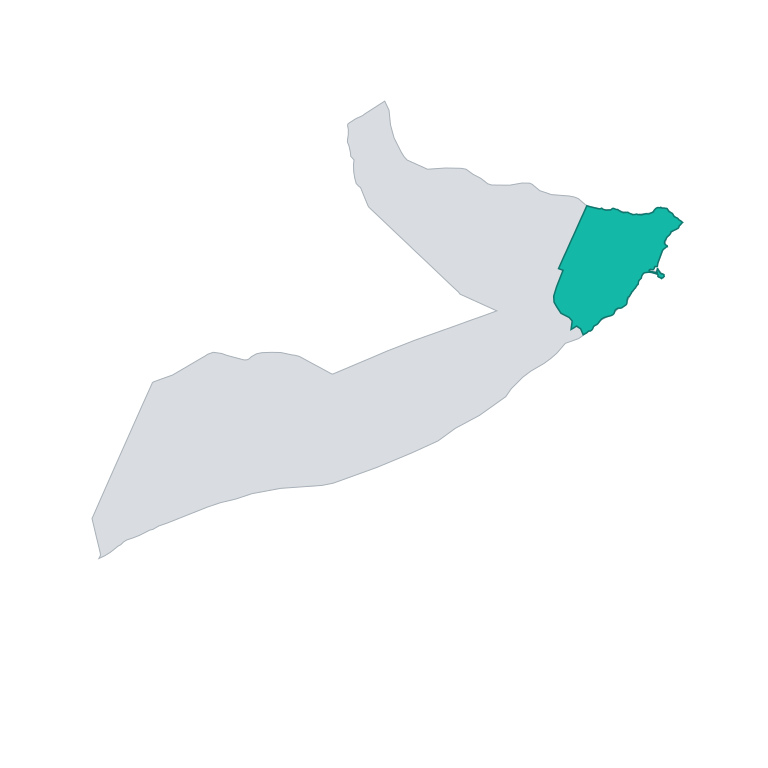 location of Bari within Somalia, rotated 24°
{"feature_id": "SOM-1", "entity_name": "Bari", "entity_type": "Region", "adm_level": 1, "iso_a3": "SOM", "parent_name": "Somalia", "parent_adm1": "", "projection": "orthographic", "projection_center": [50.532, 10.16], "detail": "fine", "context": "in_parent", "style": "filled", "palette": "teal", "viewbox_px": 768, "rotation_deg": 24, "n_neighbors": 0, "source": "natural_earth", "source_scale": "10m", "svg_char_len": 5800}
<svg xmlns="http://www.w3.org/2000/svg" viewBox="0 0 768 768"><g transform="rotate(24 384 384)"><path d="M194.7,656.1L194.0,654.5L190.2,649.4L183.0,640.1L177.6,633.0L172.0,625.7L172.0,620.0L171.9,603.1L171.8,569.2L171.8,535.2L171.8,501.1L171.9,484.0L171.9,477.0L172.5,475.9L178.8,469.8L187.2,461.8L198.3,446.3L204.3,437.9L209.4,430.9L210.7,428.7L215.1,424.5L223.4,422.1L228.5,421.8L246.1,419.0L248.8,417.8L250.3,416.3L251.8,412.9L255.3,408.2L259.8,405.0L268.2,400.9L276.5,397.4L278.4,396.9L288.3,394.8L290.8,394.0L294.8,393.3L296.4,393.3L310.2,394.4L321.0,395.2L332.1,396.1L333.3,395.6L341.2,387.2L353.7,373.8L361.7,365.3L374.0,352.0L383.5,342.5L393.9,331.9L404.1,322.2L416.3,310.6L424.0,303.3L435.9,291.8L447.3,281.0L457.3,271.3L443.6,271.2L430.1,271.1L416.9,271.0L414.6,269.7L403.5,265.9L389.5,260.9L372.1,254.7L359.7,250.4L346.6,245.7L333.2,241.0L322.8,237.3L309.8,232.7L298.4,228.7L296.9,227.7L290.7,221.8L282.6,214.0L281.0,213.8L277.1,212.2L273.7,208.0L270.1,202.6L266.9,196.0L265.5,191.5L261.0,189.5L259.0,185.9L255.0,180.5L252.2,177.9L251.3,175.7L250.1,171.1L247.9,166.0L245.7,162.9L245.3,161.5L245.4,160.7L249.7,154.0L251.6,151.6L253.8,149.3L255.6,147.1L256.3,145.5L261.5,137.6L266.0,130.7L269.6,125.3L277.2,131.8L284.5,144.6L293.1,155.1L305.1,164.9L309.9,168.2L314.1,170.0L336.4,170.1L352.3,161.7L366.7,155.6L371.6,154.4L379.9,156.2L389.1,156.8L397.3,158.9L401.5,158.4L417.9,151.3L428.3,144.3L435.3,141.3L438.1,141.3L447.6,144.0L459.9,142.9L476.8,136.9L482.2,135.7L486.2,135.6L495.4,138.4L496.8,138.3L501.8,137.8L514.8,134.9L525.0,130.5L543.8,127.4L558.0,119.3L560.5,115.4L564.8,110.5L571.1,108.8L587.0,114.6L589.6,115.0L588.7,118.5L588.1,122.1L584.9,128.4L582.8,135.3L584.3,145.9L585.1,163.0L584.7,165.5L583.7,168.0L583.3,169.9L581.5,170.6L580.8,171.7L582.0,172.1L587.0,170.3L586.9,168.2L587.2,167.2L591.4,169.5L594.3,170.4L595.2,172.6L594.9,174.1L590.3,173.4L587.9,172.2L580.9,174.1L576.7,176.2L575.4,179.5L574.4,193.0L572.8,201.7L572.5,213.3L566.9,220.9L564.9,226.3L556.5,237.1L552.2,246.3L550.7,250.8L543.3,263.4L533.1,273.1L529.4,285.5L525.8,293.2L521.7,300.3L512.7,312.8L508.0,321.4L502.2,336.5L500.4,346.0L484.1,373.6L467.1,395.6L456.5,414.0L437.6,435.4L411.7,462.8L377.9,495.3L368.7,501.8L331.8,521.5L307.8,538.0L295.6,549.2L282.8,559.0L272.7,568.3L242.0,599.7L238.9,602.6L235.9,605.4L232.1,610.7L229.4,612.8L222.1,621.8L217.6,626.4L212.5,631.0L210.3,634.2L208.8,638.0L207.1,640.1L202.5,649.0L198.5,654.8L194.5,659.4L194.7,656.1Z" fill="#d9dde1" stroke="#a8b0b8" stroke-width="1"/><path d="M496.5,207.6L496.5,203.0L496.5,198.4L496.5,193.8L496.6,189.2L496.6,184.6L496.6,180.0L496.6,175.4L496.7,170.8L496.7,166.2L496.7,161.6L496.7,157.1L496.7,152.5L496.8,147.9L496.8,143.3L496.8,138.7L498.3,138.6L503.6,137.6L508.9,136.6L510.4,136.0L511.0,135.1L511.4,134.8L511.9,135.0L512.3,135.2L512.7,135.3L515.3,135.0L516.1,134.9L516.7,134.6L518.9,133.4L519.6,133.2L520.2,132.9L521.1,131.1L521.7,130.4L522.4,130.2L523.3,130.1L525.1,130.2L525.3,130.1L526.0,129.7L526.4,129.6L526.8,129.6L528.0,129.9L531.5,130.3L533.4,130.0L534.6,129.0L534.9,129.1L535.6,128.6L536.1,128.5L536.2,128.4L536.7,128.0L537.0,127.9L537.3,128.0L537.6,128.1L537.8,128.2L541.5,128.1L542.3,128.2L544.6,126.9L545.4,126.2L545.8,126.0L547.3,126.0L547.6,125.9L548.0,125.6L548.4,125.4L550.1,124.9L550.9,124.4L554.3,121.7L556.1,121.3L556.9,120.8L558.2,119.3L559.4,118.2L559.9,117.5L560.1,116.6L560.1,115.7L560.3,114.8L560.6,113.9L560.9,113.1L561.8,111.9L562.4,111.4L563.0,111.2L563.5,111.1L564.5,110.6L564.7,110.3L564.8,110.1L565.0,110.0L565.3,110.0L565.6,110.3L565.8,110.3L566.7,110.1L568.4,109.3L569.9,109.0L570.3,108.7L571.3,108.6L574.1,110.5L578.2,110.9L580.6,112.8L581.3,113.1L584.5,113.1L585.3,113.3L586.6,114.0L587.4,114.2L588.3,114.2L589.3,114.4L590.1,114.7L591.1,114.9L590.5,116.3L590.1,118.0L589.4,119.2L589.6,121.1L589.3,122.3L588.6,123.0L587.9,124.1L586.7,125.3L585.3,127.1L584.4,128.1L584.3,128.3L584.3,128.8L584.5,129.4L584.5,129.8L584.4,130.7L584.2,131.6L582.9,134.4L582.7,135.0L582.6,137.7L582.3,139.4L582.9,141.3L584.7,142.4L586.4,142.5L587.0,143.3L586.0,144.2L585.2,146.2L584.7,146.8L584.4,147.4L584.2,148.3L584.1,149.3L584.5,154.9L585.0,162.2L585.9,165.4L585.7,165.8L584.8,166.0L583.8,166.3L583.6,167.0L583.8,168.8L583.6,169.7L583.2,170.2L582.6,170.4L581.7,170.5L580.9,170.8L580.2,171.4L579.9,172.1L580.2,172.7L581.0,172.9L587.1,171.6L587.6,171.7L588.0,171.8L588.3,171.8L588.5,171.5L588.3,171.0L587.9,170.8L587.6,170.6L587.4,170.4L587.3,169.4L587.2,168.6L587.0,167.7L586.6,166.9L587.2,167.4L587.8,167.9L588.3,168.4L589.0,168.8L589.4,169.1L589.8,169.3L590.8,169.9L591.2,170.2L592.0,170.4L592.6,170.5L593.0,170.5L593.4,170.2L593.8,170.1L594.7,170.2L595.4,170.3L595.7,171.2L596.2,171.6L596.0,172.3L595.5,173.7L595.0,173.8L594.8,174.0L594.5,174.3L594.6,174.8L594.3,174.8L593.5,174.5L593.0,174.6L592.4,174.4L591.6,174.6L590.5,174.4L590.2,173.6L590.1,173.2L589.8,172.7L589.2,172.5L583.1,173.2L580.2,174.3L576.6,176.5L575.9,177.8L575.5,180.3L576.0,182.7L574.8,185.7L575.0,187.6L575.5,188.9L575.6,189.4L575.5,189.9L575.1,190.5L574.6,193.3L574.7,193.8L574.3,194.6L574.0,195.4L573.6,197.4L573.1,198.9L572.8,199.3L573.0,200.5L573.0,200.9L572.7,201.7L572.5,204.2L571.7,205.2L571.7,206.5L572.0,208.6L573.0,211.3L573.1,212.1L573.0,212.9L572.7,213.6L570.2,217.7L569.4,218.4L567.7,219.1L567.0,219.5L566.5,220.2L565.3,222.1L565.1,222.7L565.4,225.3L565.4,226.3L564.8,227.8L563.6,229.2L559.2,232.7L557.9,234.0L556.9,235.3L556.2,236.6L555.7,238.3L554.9,241.7L554.3,243.1L552.4,245.4L552.1,246.3L552.2,248.8L552.1,249.5L551.4,251.0L550.9,251.7L550.3,252.0L549.5,252.3L549.1,253.0L548.8,253.8L548.5,254.6L545.9,258.0L541.2,253.6L536.3,252.8L534.7,255.3L532.7,258.1L530.3,249.9L526.2,247.9L516.9,247.4L510.5,243.3L506.1,240.1L503.3,234.7L502.1,224.9L501.3,207.3L496.5,207.6Z" fill="#14b8a6" stroke="#0f766e" stroke-width="1.5"/></g></svg>